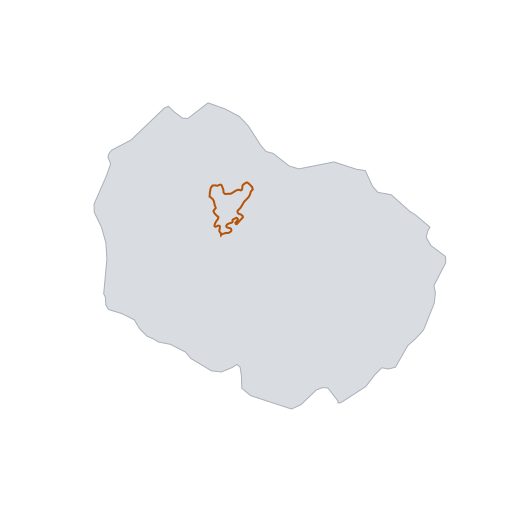 North Macedonia, with Negotino highlighted, rotated 223°
{"feature_id": "MKD-2946", "entity_name": "Negotino", "entity_type": "Statistical Region", "adm_level": 1, "iso_a3": "MKD", "parent_name": "North Macedonia", "parent_adm1": "", "projection": "orthographic", "projection_center": [22.1, 41.501], "detail": "fine", "context": "in_parent", "style": "outline", "palette": "amber", "viewbox_px": 512, "rotation_deg": 223, "n_neighbors": 0, "source": "natural_earth", "source_scale": "10m", "svg_char_len": 2951}
<svg xmlns="http://www.w3.org/2000/svg" viewBox="0 0 512 512"><g transform="rotate(223 256 256)"><path d="M234.1,136.7L241.8,137.7L258.4,133.0L268.8,126.5L274.1,125.5L281.2,123.0L291.2,123.4L301.5,126.3L314.5,122.5L327.3,116.3L332.4,117.8L338.0,123.1L341.6,124.5L363.0,152.1L374.7,163.2L388.5,171.6L404.2,177.7L409.9,183.7L420.2,213.0L425.1,224.2L431.8,227.4L433.4,230.6L433.8,234.9L426.5,255.7L423.9,302.1L422.0,305.8L414.1,305.6L403.6,306.7L399.6,310.3L395.5,335.3L378.6,342.6L363.2,346.7L350.2,345.8L327.4,340.0L319.9,339.3L313.5,342.7L293.1,344.5L284.2,348.8L263.1,378.0L241.7,387.9L234.4,393.0L218.1,386.4L210.3,385.7L198.9,393.0L174.2,393.5L167.5,394.8L148.4,395.7L147.6,391.7L144.2,385.7L135.3,382.9L117.1,384.9L112.7,380.6L105.7,355.7L99.9,351.6L93.5,343.2L83.0,316.1L82.9,304.2L83.9,294.0L78.2,269.7L82.1,263.7L87.8,260.0L88.1,250.2L86.7,235.4L93.9,206.6L95.8,204.5L97.4,205.9L113.5,208.5L117.7,204.9L120.5,199.2L121.7,178.0L125.7,168.3L164.7,150.2L176.1,149.6L184.8,158.3L191.7,163.8L195.9,163.7L197.4,158.2L202.2,147.6L210.3,141.6L233.9,136.6L234.1,136.7Z" fill="#d9dde1" stroke="#a8b0b8" stroke-width="1"/><path d="M291.9,275.3L292.0,271.9L291.8,268.0L291.8,266.1L292.3,265.7L293.1,265.8L293.8,266.5L293.8,268.6L294.0,270.0L294.5,270.7L295.3,270.7L296.3,270.7L296.6,270.0L297.1,268.7L297.7,267.2L297.7,266.3L297.0,265.5L296.5,265.2L296.3,264.7L296.4,264.2L296.7,263.4L297.6,262.1L298.0,261.1L298.6,259.8L298.6,258.8L298.4,257.9L297.6,257.2L296.9,257.2L295.7,257.6L294.6,258.2L293.6,258.8L292.6,258.8L291.7,258.2L291.2,257.4L291.2,256.4L291.4,255.3L292.0,254.0L293.0,252.9L293.8,252.4L294.6,250.7L295.4,249.6L295.8,248.5L295.7,247.3L296.1,247.6L297.3,248.7L298.6,248.8L300.0,249.3L300.5,250.0L301.5,251.8L302.7,253.1L303.4,253.1L304.0,252.8L304.5,252.2L304.9,251.0L305.6,249.7L306.6,249.5L307.3,250.2L307.8,251.1L308.3,252.4L308.8,254.5L309.0,256.6L309.6,258.3L310.5,259.0L311.6,258.7L313.6,258.8L315.4,258.9L317.6,259.7L318.0,260.9L318.1,263.6L319.1,264.3L320.7,264.9L322.1,265.9L324.2,267.4L326.7,268.1L329.3,268.0L330.4,267.7L331.3,268.9L332.8,270.6L334.0,272.5L335.0,274.0L335.7,275.5L335.7,277.4L335.9,277.8L335.2,278.6L333.7,280.1L332.7,280.6L332.1,281.1L331.7,282.0L331.3,283.0L330.8,283.8L330.3,284.2L329.6,284.3L328.3,283.8L327.4,283.3L326.1,282.7L324.7,281.9L324.1,281.3L323.3,280.5L322.5,280.2L321.2,280.2L320.2,280.9L318.7,282.7L317.3,283.8L316.7,284.9L316.0,287.4L315.5,289.6L314.9,291.0L314.4,292.1L313.7,292.6L312.9,293.3L312.1,293.4L311.6,294.1L311.5,294.7L311.8,295.5L312.7,296.7L313.6,297.8L314.0,298.8L314.0,299.7L313.8,300.7L313.5,301.7L313.3,302.8L312.9,303.6L312.1,303.8L310.8,304.0L308.7,304.0L306.8,303.8L306.0,303.9L305.1,303.3L303.8,302.5L303.7,301.7L303.8,300.5L303.5,299.0L302.3,296.9L301.6,294.1L301.6,290.6L301.7,287.5L301.0,284.6L300.6,282.6L300.2,280.4L300.3,276.6L299.6,275.6L298.2,275.0L297.0,275.2L295.6,276.0L294.4,276.1L292.9,276.1L291.9,275.3Z" fill="none" stroke="#b45309" stroke-width="2"/></g></svg>